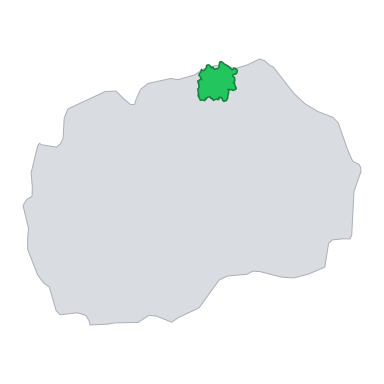 Staro Nagorichane, Staro Nagoričane, North Macedonia (highlighted)
{"feature_id": "65306769B92481103020830", "entity_name": "Staro Nagorichane", "entity_type": "district", "adm_level": 2, "iso_a3": "MKD", "parent_name": "North Macedonia", "parent_adm1": "Staro Nagoričane", "projection": "orthographic", "projection_center": [21.915, 42.232], "detail": "fine", "context": "in_parent", "style": "filled", "palette": "green", "viewbox_px": 384, "rotation_deg": 0, "n_neighbors": 0, "source": "geoboundaries", "source_scale": "gbopen_adm2", "svg_char_len": 3076}
<svg xmlns="http://www.w3.org/2000/svg" viewBox="0 0 384 384"><path d="M171.0,78.6L178.2,79.6L194.1,75.1L204.0,68.8L209.0,67.9L215.6,65.5L225.2,65.8L235.0,68.6L247.3,64.9L259.5,59.0L264.4,60.5L269.7,65.4L273.1,66.8L293.5,93.0L304.6,103.5L317.8,111.5L332.8,117.3L338.2,122.9L348.0,150.8L352.7,161.3L359.1,164.4L360.6,167.5L361.0,171.5L354.0,191.3L351.7,235.4L349.9,238.9L342.4,238.8L332.4,239.9L328.6,243.3L324.8,267.1L308.7,274.0L294.1,277.9L281.8,277.2L260.0,271.6L252.9,271.1L246.9,274.3L227.5,276.0L219.0,280.2L199.0,307.9L178.7,317.4L171.7,322.2L156.2,316.0L148.8,315.4L138.0,322.4L114.5,322.9L108.1,324.1L90.0,325.0L89.2,321.1L86.0,315.5L77.5,312.8L60.2,314.8L56.1,310.7L49.3,287.0L43.8,283.2L37.7,275.1L27.7,249.4L27.6,238.2L28.5,228.4L23.0,205.4L26.7,199.6L32.1,196.1L32.3,186.8L31.1,172.8L37.8,145.3L39.6,143.3L41.2,144.7L56.5,147.1L60.5,143.7L63.1,138.3L64.2,118.1L67.9,108.9L105.0,91.6L115.9,91.0L124.1,99.2L130.7,104.5L134.7,104.4L136.1,99.1L140.7,89.1L148.3,83.4L170.7,78.5L171.0,78.6Z" fill="#d9dde1" stroke="#a8b0b8" stroke-width="1"/><path d="M233.2,90.5L236.0,89.1L236.2,88.3L236.0,87.4L235.2,86.3L234.7,83.8L233.5,82.7L234.4,82.3L234.6,80.5L234.9,80.1L234.4,77.3L233.1,76.6L232.6,75.9L233.4,74.6L234.7,74.1L235.0,74.3L235.7,73.7L236.3,73.7L237.0,72.5L237.3,70.9L236.8,69.4L236.5,69.4L235.8,68.7L234.7,68.0L234.1,68.1L233.9,68.2L233.6,68.3L233.4,68.6L233.3,68.9L233.2,69.1L232.8,69.5L232.5,69.6L231.6,69.4L231.4,69.3L231.0,68.9L230.8,68.6L230.1,67.9L229.2,67.0L228.3,66.3L227.8,65.9L226.7,65.3L226.1,65.0L225.3,64.6L224.7,64.2L224.4,63.9L224.0,63.7L223.8,63.5L223.5,63.3L222.8,62.7L222.0,62.2L221.4,61.7L221.0,61.7L220.5,61.8L219.6,62.2L219.6,62.4L219.5,63.3L219.2,64.7L219.1,66.0L219.0,66.9L218.8,67.6L218.7,67.7L218.4,68.1L218.2,68.2L217.9,68.3L217.7,68.4L217.1,68.6L216.7,68.6L215.7,68.9L215.0,69.1L214.4,69.3L213.9,68.8L213.6,68.4L213.4,68.1L213.3,67.7L213.1,67.2L212.9,67.0L212.3,67.2L211.8,67.5L211.6,67.8L211.2,67.4L210.8,66.8L210.7,66.5L210.6,66.3L209.7,65.5L209.2,65.2L208.8,64.9L208.7,64.9L208.3,64.9L208.1,64.9L207.6,65.0L207.0,65.2L206.5,65.6L206.5,65.8L206.4,65.9L206.5,66.6L206.6,67.0L206.4,67.6L205.8,68.2L205.4,69.1L205.2,69.5L204.0,70.5L203.9,70.5L203.5,70.6L202.6,70.5L202.3,70.4L202.2,70.3L202.2,70.2L201.4,69.6L201.2,70.1L201.1,71.0L200.8,71.9L200.2,72.9L200.1,73.0L199.2,73.9L199.2,74.9L198.9,75.3L200.0,76.4L201.6,79.5L200.2,79.3L199.3,80.1L198.9,81.0L197.8,81.0L198.4,83.6L198.9,84.2L198.7,85.3L199.1,87.3L197.8,89.1L198.6,94.8L198.0,95.1L198.4,96.3L198.8,96.3L199.0,97.5L200.4,100.2L202.1,100.0L204.8,100.6L205.5,99.1L205.9,99.1L205.6,98.5L206.0,98.2L207.2,97.9L207.7,97.2L210.2,96.8L210.7,98.3L212.0,98.4L211.9,98.8L213.4,100.2L213.6,99.8L213.9,100.1L216.7,98.9L217.8,99.7L218.3,99.2L218.8,99.4L219.1,98.5L219.0,97.4L219.5,97.1L219.8,97.4L220.7,97.7L221.2,97.5L221.9,98.0L221.8,98.4L222.5,98.9L222.5,100.2L223.8,101.3L224.4,100.9L225.0,101.1L226.5,100.4L226.8,99.3L227.6,98.6L227.8,95.8L228.7,92.6L228.5,92.0L228.8,90.5L228.0,89.5L228.6,89.2L230.4,89.9L231.4,89.6L233.2,90.5Z" fill="#22c55e" stroke="#15803d" stroke-width="1.5"/></svg>